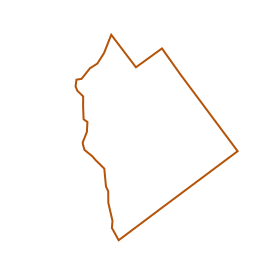 the district of Peoria, Illinois, United States of America, rotated 143°
{"feature_id": "52423323B20923999353099", "entity_name": "Peoria", "entity_type": "district", "adm_level": 2, "iso_a3": "USA", "parent_name": "United States of America", "parent_adm1": "Illinois", "projection": "albers", "projection_center": [-89.674, 40.744], "detail": "fine", "context": "isolated", "style": "outline", "palette": "amber", "viewbox_px": 256, "rotation_deg": 143, "n_neighbors": 0, "source": "geoboundaries", "source_scale": "gbopen_adm2", "svg_char_len": 536}
<svg xmlns="http://www.w3.org/2000/svg" viewBox="0 0 256 256"><g transform="rotate(143 128 128)"><path d="M53.9,139.5L53.0,171.1L85.1,171.7L85.3,212.5L102.0,202.3L113.7,197.9L122.4,198.6L135.5,195.2L140.1,197.6L144.9,192.7L146.0,188.2L144.8,180.2L150.9,172.2L158.2,161.7L156.8,157.2L163.2,149.6L172.9,143.7L173.8,142.1L174.0,141.7L175.9,136.7L173.5,126.7L173.2,122.0L171.4,109.8L180.8,94.5L181.8,89.5L188.8,80.0L196.3,63.1L201.0,57.9L203.0,44.0L150.2,43.9L54.4,43.5L53.9,139.5Z" fill="none" stroke="#b45309" stroke-width="2"/></g></svg>